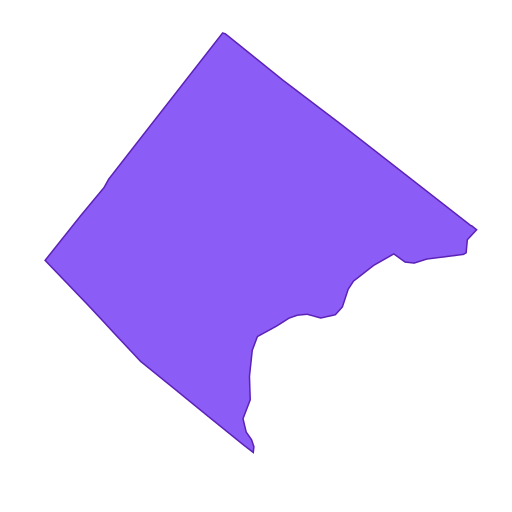 Franklin, Missouri, United States of America, rotated 128°
{"feature_id": "52423323B51911308321419", "entity_name": "Franklin", "entity_type": "district", "adm_level": 2, "iso_a3": "USA", "parent_name": "United States of America", "parent_adm1": "Missouri", "projection": "equal_earth", "projection_center": [-91.03, 38.456], "detail": "fine", "context": "isolated", "style": "filled", "palette": "violet", "viewbox_px": 512, "rotation_deg": 128, "n_neighbors": 0, "source": "geoboundaries", "source_scale": "gbopen_adm2", "svg_char_len": 737}
<svg xmlns="http://www.w3.org/2000/svg" viewBox="0 0 512 512"><g transform="rotate(128 256 256)"><path d="M233.7,419.5L286.1,419.4L295.6,417.9L332.5,419.0L389.3,419.5L397.8,360.1L401.3,337.7L404.3,319.4L410.1,282.0L410.7,249.1L410.8,242.3L411.8,195.7L412.6,148.8L412.5,137.2L407.6,140.2L403.5,146.4L400.8,155.3L392.2,166.1L372.9,172.0L354.8,187.1L332.6,200.9L318.6,205.3L298.4,196.6L284.6,191.7L277.1,186.9L270.4,179.8L265.0,166.8L253.4,157.3L242.9,156.6L225.4,162.9L215.7,163.7L190.9,157.5L169.5,148.7L169.0,134.8L164.2,127.0L153.2,119.5L127.0,93.5L124.1,92.4L113.0,99.5L99.5,98.3L99.4,104.6L99.8,105.5L99.9,269.9L100.9,342.9L99.8,415.9L99.8,417.0L100.8,419.6L233.7,419.5Z" fill="#8b5cf6" stroke="#5b21b6" stroke-width="1.5"/></g></svg>